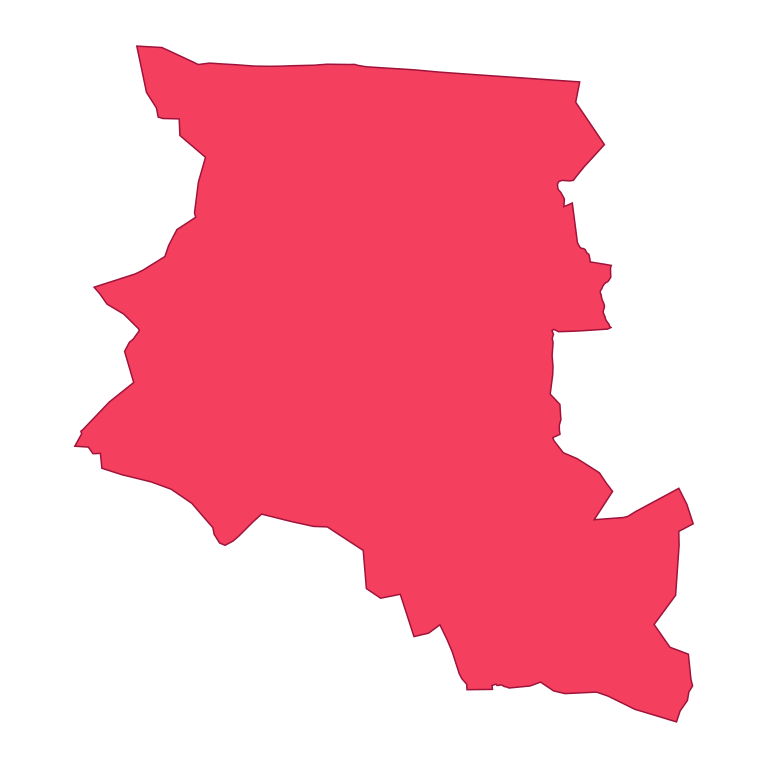 Sule Tankarkar, Jigawa, Nigeria (Albers equal-area conic projection)
{"feature_id": "59680162B44120553871969", "entity_name": "Sule Tankarkar", "entity_type": "district", "adm_level": 2, "iso_a3": "NGA", "parent_name": "Nigeria", "parent_adm1": "Jigawa", "projection": "albers", "projection_center": [9.243, 12.628], "detail": "fine", "context": "isolated", "style": "filled", "palette": "rose", "viewbox_px": 768, "rotation_deg": 0, "n_neighbors": 0, "source": "geoboundaries", "source_scale": "gbopen_adm2", "svg_char_len": 2783}
<svg xmlns="http://www.w3.org/2000/svg" viewBox="0 0 768 768"><path d="M602.1,299.6L601.4,296.6L601.1,294.6L600.4,292.9L600.2,291.0L601.2,289.6L602.0,288.3L602.8,286.2L604.6,283.6L608.3,281.2L610.8,277.2L610.6,272.4L610.5,268.2L611.3,265.4L590.2,261.9L589.9,258.7L588.9,254.4L586.6,252.6L585.2,249.6L583.6,248.6L581.4,248.3L579.7,246.9L578.4,244.5L577.4,242.4L572.3,203.0L568.6,204.7L568.0,205.0L567.9,205.0L567.0,205.4L566.1,205.7L563.9,206.6L564.4,199.0L560.9,192.5L558.2,189.5L557.7,187.1L557.5,183.9L559.0,181.4L562.2,180.4L569.9,180.9L573.3,180.4L576.9,175.7L584.3,166.6L593.9,156.2L604.4,144.6L575.7,102.2L579.7,81.9L553.4,80.1L519.2,77.7L470.2,74.3L449.0,72.8L438.3,72.0L415.1,69.9L366.5,66.8L357.9,65.4L354.7,64.4L349.3,64.5L327.3,64.2L318.0,64.9L314.7,65.2L292.9,65.7L282.7,66.1L269.4,66.3L254.9,66.1L246.1,65.5L237.1,64.8L223.5,64.0L209.5,63.1L198.3,64.5L161.9,47.5L136.8,46.1L142.9,75.2L146.5,92.4L156.4,107.9L158.2,117.1L162.9,118.5L179.2,118.9L179.9,135.5L205.5,157.3L198.4,182.1L195.5,205.0L195.1,208.1L194.5,212.9L195.7,217.2L186.5,223.3L176.9,229.6L168.7,245.4L164.9,256.5L142.9,270.2L135.3,273.9L94.1,287.2L99.8,293.8L107.0,304.1L123.8,314.1L138.1,328.3L139.4,330.5L133.3,339.0L129.4,342.3L124.6,351.4L133.7,382.5L109.4,401.9L82.2,430.3L81.3,430.7L80.9,431.7L81.5,433.1L81.6,433.9L74.8,446.2L88.3,447.1L93.0,453.7L100.4,453.4L101.9,468.3L122.5,474.9L151.1,481.9L171.1,489.2L191.8,503.3L207.3,521.3L212.9,527.7L214.1,534.2L219.6,543.0L225.1,545.3L233.1,541.0L238.8,536.1L253.3,521.6L261.6,514.1L290.3,521.3L313.4,526.4L327.3,526.9L341.9,536.5L363.2,550.4L366.4,588.6L380.6,598.2L400.3,594.3L414.0,636.6L428.7,633.1L439.9,624.8L447.1,639.7L452.1,651.5L455.0,660.4L459.2,673.6L461.7,678.5L464.8,682.1L466.7,684.3L467.0,689.7L492.5,689.4L492.0,685.4L496.1,684.2L497.1,685.5L499.8,685.2L500.7,684.9L501.8,685.0L503.4,686.1L505.3,686.8L506.7,687.0L509.0,688.0L530.0,686.0L540.5,682.1L548.6,687.5L553.6,690.9L565.0,693.6L596.5,692.1L607.8,696.0L634.8,709.3L676.5,721.9L680.1,711.0L687.4,700.5L688.9,691.9L692.6,685.9L690.9,679.1L688.4,654.2L670.0,647.3L654.1,624.5L675.6,595.3L679.1,545.3L678.8,531.4L693.2,523.8L686.9,504.4L678.8,488.3L635.4,511.7L628.0,516.3L623.5,517.5L594.2,519.7L612.6,491.4L606.4,483.3L599.4,472.8L577.4,458.8L563.3,452.7L554.0,440.8L552.8,437.6L560.0,434.3L559.4,430.2L559.3,425.3L560.9,419.7L559.9,404.4L550.2,394.1L552.7,374.9L553.0,366.2L552.1,355.6L553.1,342.7L552.2,338.4L552.6,337.1L553.0,335.5L553.5,334.3L553.3,333.7L552.5,332.1L552.0,330.5L553.1,329.9L553.8,329.3L558.5,331.7L573.8,331.2L583.0,330.7L607.5,329.1L611.0,327.5L609.5,326.2L609.1,324.4L607.9,322.9L606.3,320.6L605.5,319.0L605.0,316.6L604.1,314.8L603.2,312.4L603.5,309.9L604.2,308.1L604.5,305.9L603.7,303.2L602.1,299.6Z" fill="#f43f5e" stroke="#9f1239" stroke-width="1.5"/></svg>